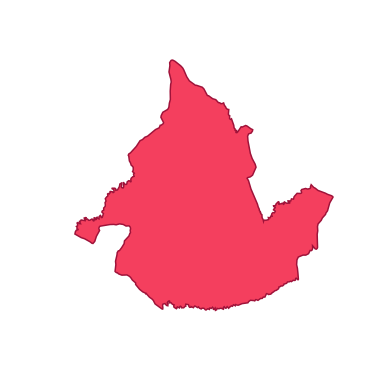 Thaba-Tseka, Thaba-Tseka, Lesotho, rotated 153°
{"feature_id": "5366337B12676471094494", "entity_name": "Thaba-Tseka", "entity_type": "district", "adm_level": 2, "iso_a3": "LSO", "parent_name": "Lesotho", "parent_adm1": "Thaba-Tseka", "projection": "equal_earth", "projection_center": [28.592, -29.521], "detail": "fine", "context": "isolated", "style": "filled", "palette": "rose", "viewbox_px": 384, "rotation_deg": 153, "n_neighbors": 0, "source": "geoboundaries", "source_scale": "gbopen_adm2", "svg_char_len": 6014}
<svg xmlns="http://www.w3.org/2000/svg" viewBox="0 0 384 384"><g transform="rotate(153 192 192)"><path d="M315.4,207.7L311.4,201.6L309.0,199.2L305.5,194.0L304.4,191.7L303.6,191.1L301.1,192.1L297.3,195.9L291.8,199.7L291.7,201.6L290.7,202.8L289.5,203.3L280.0,200.3L276.5,198.7L274.5,197.2L271.0,196.5L268.0,194.3L266.2,191.6L264.0,190.7L263.2,190.0L263.0,188.5L263.5,186.9L264.4,186.1L265.3,183.7L266.3,183.2L268.2,181.4L274.4,179.1L275.9,176.8L280.0,174.3L283.3,172.7L284.4,173.0L286.1,172.0L287.5,169.9L291.6,165.0L292.8,161.9L296.6,156.2L296.4,155.4L295.8,154.3L295.2,154.0L294.6,152.4L292.3,149.8L287.6,147.6L286.1,145.4L285.5,143.8L285.1,140.6L283.5,136.6L284.2,135.2L282.9,129.1L281.2,125.3L279.7,123.5L279.4,122.2L278.9,122.4L277.7,117.7L276.1,114.5L275.7,112.9L275.7,109.0L271.9,101.5L271.3,101.0L270.6,101.9L269.5,104.7L268.7,105.3L266.8,104.9L266.2,102.5L265.2,101.6L264.4,102.8L264.5,104.2L264.3,104.6L263.2,105.3L261.8,105.4L261.5,104.7L261.7,104.3L262.8,103.6L260.9,102.8L260.5,101.0L259.2,99.5L260.0,98.9L260.3,97.4L258.9,95.1L258.2,95.3L257.9,96.0L257.2,96.3L255.8,94.4L254.7,95.5L254.0,95.4L253.7,94.9L253.8,93.5L252.0,92.6L249.9,93.3L249.4,93.1L248.9,94.4L248.4,94.9L246.3,93.2L246.7,91.3L246.4,90.3L245.2,89.8L244.8,90.3L243.3,88.3L241.5,89.2L241.0,88.9L239.5,86.5L238.4,86.7L238.1,85.1L236.9,83.6L236.2,83.9L235.3,83.7L234.1,82.9L233.6,81.0L233.1,80.5L231.0,80.8L229.8,79.5L229.2,80.5L228.6,80.5L227.6,79.5L226.0,80.0L225.8,78.9L226.2,77.8L225.8,77.4L224.1,78.1L224.8,75.9L223.5,75.9L222.5,76.9L221.0,75.7L219.7,75.6L218.4,74.8L217.3,73.3L216.9,73.5L216.5,74.8L215.4,75.2L214.9,73.3L214.5,73.0L212.7,73.9L212.1,71.8L210.4,72.5L209.8,72.3L208.7,72.7L207.8,71.8L206.3,72.7L205.1,71.1L204.8,71.7L204.1,71.9L203.3,70.8L202.0,70.1L198.1,69.8L192.5,67.9L191.3,68.6L189.1,69.0L185.9,67.0L185.5,66.5L184.1,67.2L183.6,66.9L182.4,65.5L179.3,66.0L177.7,65.3L176.3,66.0L174.7,65.3L171.8,67.6L170.7,66.7L170.5,66.0L168.4,65.3L167.1,65.4L166.2,66.0L164.9,65.9L163.2,66.4L161.6,66.1L158.8,66.5L157.6,67.9L156.9,67.6L155.7,67.9L153.9,67.2L152.4,67.6L152.0,68.2L149.2,67.7L147.8,68.5L146.1,67.8L144.8,67.8L144.1,67.0L142.0,67.4L140.5,66.5L139.8,66.6L138.9,67.9L138.3,67.9L137.4,65.7L136.8,66.0L134.5,71.5L132.7,76.2L131.8,79.7L129.3,83.9L126.8,85.8L121.8,85.4L119.2,84.1L116.2,84.1L113.3,86.3L112.3,85.6L111.3,85.8L110.1,87.0L109.0,89.4L108.0,85.3L107.1,84.6L106.1,84.9L105.3,85.6L99.7,97.4L97.6,100.3L95.9,104.2L94.2,106.3L89.7,108.1L87.6,109.7L83.2,111.4L82.3,112.4L79.8,113.7L74.2,119.8L68.8,123.3L68.6,124.0L69.4,125.4L72.2,128.3L73.7,130.4L79.1,136.3L80.4,139.3L81.5,140.9L82.5,144.4L84.1,142.9L84.3,142.1L85.2,141.6L87.5,142.0L89.2,143.6L93.1,144.4L94.3,143.7L94.4,142.1L95.0,141.4L96.1,141.5L99.0,143.1L103.1,141.5L104.8,139.6L106.5,140.7L108.1,139.2L110.5,140.5L110.7,139.7L109.6,138.8L109.8,137.9L110.2,137.8L112.8,139.0L114.2,141.2L115.1,140.8L115.1,139.7L116.1,139.5L116.7,141.1L118.1,141.0L119.1,141.6L119.9,141.4L120.2,141.7L120.0,142.3L119.4,142.7L119.1,143.5L119.3,144.0L119.8,144.1L122.5,143.2L123.7,142.0L125.6,142.7L125.8,141.9L125.0,140.9L124.9,140.3L127.3,139.4L127.5,139.0L126.6,137.8L126.6,136.9L128.1,136.1L129.2,136.9L130.4,136.6L131.3,135.9L131.6,134.1L132.9,134.8L133.8,133.6L134.2,133.6L135.6,134.6L136.0,132.9L136.5,132.7L138.8,133.2L140.4,134.1L141.0,134.0L141.6,133.4L141.2,134.9L141.2,137.3L140.0,140.1L140.6,141.5L140.2,142.1L140.5,142.7L140.0,143.5L140.4,144.7L139.9,146.2L139.8,148.6L139.2,151.5L138.1,167.9L136.5,176.5L136.7,179.2L135.9,179.6L133.2,179.0L130.4,179.5L123.7,185.0L123.1,188.1L123.2,194.5L122.5,199.9L119.0,211.9L117.1,216.5L115.2,218.1L112.5,217.7L110.4,218.9L109.6,220.0L110.9,221.7L113.0,225.8L114.0,226.9L117.8,227.1L118.6,227.8L124.2,224.7L125.1,224.5L125.7,225.0L124.7,225.7L124.4,226.6L125.4,226.7L125.6,227.5L125.0,228.4L125.4,230.0L124.5,232.5L123.6,239.3L124.7,239.2L125.2,240.3L123.8,242.9L124.2,243.2L124.3,244.7L121.8,248.8L122.9,249.6L123.5,251.1L123.4,253.1L123.8,254.2L123.4,257.0L125.0,257.1L126.2,257.6L126.7,258.8L127.9,259.7L128.9,263.5L131.3,265.8L133.5,270.2L134.5,271.0L134.6,278.5L135.3,280.7L139.5,285.0L140.5,285.5L143.9,292.2L144.4,297.0L143.9,304.6L144.0,306.8L144.7,309.3L147.7,316.0L148.9,317.8L149.8,318.6L151.0,318.7L153.2,317.4L154.3,314.7L158.0,309.4L159.7,301.9L160.6,299.4L162.2,297.5L165.6,291.8L169.3,284.2L171.8,281.5L174.0,278.2L175.3,277.1L176.5,276.6L181.8,276.3L184.7,274.1L185.8,272.7L185.8,266.8L186.5,266.0L189.2,265.5L190.0,265.9L192.1,264.1L196.2,264.2L206.3,261.9L209.1,262.2L212.3,261.2L215.0,261.3L220.9,257.9L229.1,254.8L231.0,254.6L231.9,253.9L232.2,253.4L232.0,252.8L233.7,248.1L233.6,245.9L234.0,243.4L233.4,242.1L233.2,240.6L234.5,238.1L235.7,237.2L234.9,234.9L236.0,234.5L236.5,232.2L237.8,232.5L239.9,231.9L240.8,231.0L241.5,229.1L241.9,228.9L242.6,230.3L243.3,230.8L245.1,230.5L246.4,228.8L247.2,228.6L248.3,229.4L248.6,231.4L249.2,231.5L249.9,228.6L251.1,227.0L251.7,226.9L252.7,228.0L252.6,228.7L251.5,230.0L250.9,232.0L252.6,231.9L254.3,229.7L257.4,227.7L259.1,228.1L258.6,229.4L259.0,230.4L261.4,231.6L261.7,231.3L261.6,230.9L260.9,230.3L260.7,229.1L261.7,227.3L262.6,227.3L262.9,228.4L264.6,229.6L264.8,229.6L265.2,228.5L265.9,228.5L266.6,227.9L267.4,228.7L267.7,228.7L268.2,228.5L268.4,227.4L269.1,226.5L270.2,226.4L272.3,225.4L272.7,223.0L274.3,222.0L275.1,219.8L275.9,218.6L278.0,217.8L278.8,216.0L280.7,215.8L281.1,215.4L281.4,214.8L280.7,213.0L283.4,210.2L283.9,210.1L284.4,210.5L284.1,212.2L284.3,212.8L286.0,212.2L287.1,210.3L288.0,211.6L288.0,212.6L288.9,212.5L289.4,211.9L289.6,211.1L290.3,211.0L290.8,211.4L290.3,212.9L290.7,213.4L291.0,213.4L292.3,210.9L292.7,210.9L293.1,211.4L293.1,213.0L293.7,213.4L295.9,213.2L296.9,213.7L297.4,215.4L298.8,215.8L299.0,216.1L298.0,217.2L298.6,217.6L299.9,217.7L299.9,215.7L300.2,215.0L303.5,217.4L304.4,216.8L305.5,216.9L305.7,214.3L306.6,214.9L307.5,216.6L308.5,216.5L308.7,214.8L309.4,213.8L310.6,213.8L310.4,212.8L311.2,211.4L310.5,210.6L310.6,210.2L312.6,210.4L314.0,209.5L315.4,207.7Z" fill="#f43f5e" stroke="#9f1239" stroke-width="1.5"/></g></svg>